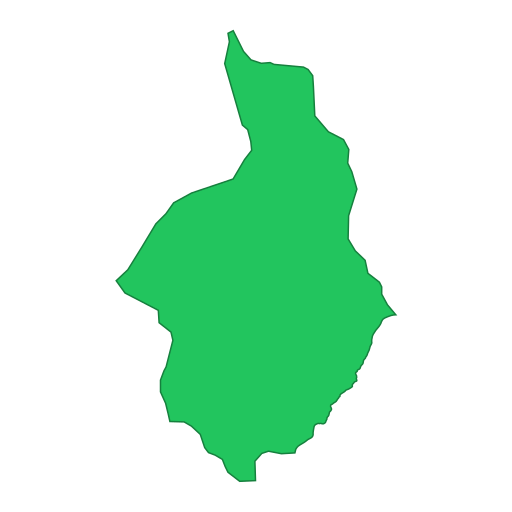 Damara, Ombella-M'Poko, Central African Republic (Robinson projection)
{"feature_id": "33826404B9315728863093", "entity_name": "Damara", "entity_type": "district", "adm_level": 2, "iso_a3": "CAF", "parent_name": "Central African Republic", "parent_adm1": "Ombella-M'Poko", "projection": "robinson", "projection_center": [18.896, 5.112], "detail": "fine", "context": "isolated", "style": "filled", "palette": "green", "viewbox_px": 512, "rotation_deg": 0, "n_neighbors": 0, "source": "geoboundaries", "source_scale": "gbopen_adm2", "svg_char_len": 3058}
<svg xmlns="http://www.w3.org/2000/svg" viewBox="0 0 512 512"><path d="M303.5,67.1L274.0,64.4L270.1,62.6L261.3,63.3L251.0,59.9L243.5,51.4L233.2,30.7L228.0,33.3L229.4,41.8L224.7,63.6L242.4,125.1L247.7,129.6L250.8,141.5L251.7,150.3L244.6,159.5L233.1,179.0L191.6,193.0L173.7,202.8L165.9,213.8L155.9,223.8L142.0,246.9L127.8,269.8L116.2,280.7L125.0,293.0L158.3,310.3L159.1,322.7L171.0,332.1L172.9,340.3L166.1,366.9L164.0,370.8L160.5,380.1L160.5,391.9L165.6,403.2L168.1,413.5L169.9,421.5L184.1,421.9L191.4,426.1L200.3,434.4L204.7,447.6L208.5,452.6L215.1,455.1L222.4,459.4L225.2,466.6L228.0,472.3L239.7,481.3L255.5,480.6L254.9,461.2L261.8,453.4L268.5,451.2L281.4,453.7L294.9,452.9L295.4,450.8L295.8,449.2L296.9,447.5L298.2,446.1L300.1,444.8L303.8,442.6L305.7,441.3L307.8,439.6L309.9,438.5L311.3,437.7L312.2,436.9L312.8,435.9L313.1,434.8L313.1,432.7L313.4,430.3L314.1,426.5L314.5,425.7L315.3,424.7L316.4,424.1L317.3,423.7L318.1,423.4L318.4,423.4L318.9,423.5L319.4,423.6L319.7,423.6L320.0,423.5L320.2,423.4L320.6,423.4L321.0,423.4L321.8,423.7L322.5,423.8L323.3,423.8L323.7,423.7L324.7,423.1L325.4,422.5L325.7,421.8L326.1,420.7L326.6,419.7L326.9,419.1L326.9,418.7L326.9,418.2L327.0,417.8L327.5,416.9L328.3,416.1L328.8,415.2L329.1,413.9L329.3,412.9L329.5,412.1L329.9,411.6L330.6,411.0L331.1,410.2L331.4,409.7L331.5,409.2L331.4,408.4L331.0,407.5L330.6,406.8L330.6,405.7L330.8,404.9L331.5,404.5L332.2,404.2L333.2,403.4L333.7,402.9L334.4,402.6L335.0,402.2L335.7,401.7L336.2,401.3L336.5,400.8L336.8,400.3L337.0,400.0L337.3,399.8L337.5,399.3L337.8,398.8L338.1,398.5L338.5,398.1L338.7,397.7L338.9,397.2L339.2,396.9L339.6,396.7L339.9,396.4L339.9,396.0L340.0,395.3L340.2,394.7L340.9,394.0L341.9,393.3L344.4,391.7L345.1,391.1L345.7,390.4L346.3,389.9L347.8,389.4L348.7,389.0L349.3,388.7L351.5,387.3L352.2,386.7L352.4,386.2L352.3,385.6L352.3,385.1L352.4,384.4L352.8,383.9L353.4,383.5L353.8,382.8L354.1,382.4L354.6,381.9L354.9,381.7L356.1,381.3L356.4,381.1L356.7,380.9L356.8,380.6L356.8,380.2L356.5,379.4L356.3,378.4L356.5,377.8L356.6,377.6L356.7,377.2L356.6,376.6L356.5,375.6L356.0,374.7L355.7,374.0L355.6,373.3L355.6,372.8L355.9,372.3L356.6,371.9L357.2,371.3L357.2,370.9L357.3,370.4L357.8,369.9L358.4,369.5L359.2,369.2L359.7,368.8L360.1,368.2L360.5,367.0L360.9,366.0L361.5,365.2L362.2,364.5L362.7,363.9L363.0,363.3L363.2,362.3L363.4,361.1L363.7,360.1L364.3,359.3L365.1,358.5L365.5,357.9L365.7,357.1L366.2,356.5L366.8,355.6L367.2,354.7L367.8,352.8L368.2,352.1L368.7,351.0L369.1,350.2L369.8,347.7L370.1,346.5L370.7,345.3L371.2,344.4L371.6,343.6L371.8,342.5L371.7,341.8L371.7,339.8L372.0,338.3L372.4,336.2L373.2,334.3L374.3,332.6L375.7,330.4L379.0,326.4L380.0,324.9L380.8,323.5L381.3,322.1L382.1,320.4L383.0,319.2L383.8,318.6L384.7,318.0L387.7,316.7L391.0,315.5L393.4,315.0L395.8,314.8L387.5,304.9L381.7,294.2L381.7,286.9L379.4,282.2L367.9,273.3L365.1,260.3L355.3,250.9L348.1,238.9L348.6,215.7L356.9,189.1L351.8,171.7L347.7,163.1L348.8,149.5L343.5,139.6L328.4,131.8L314.8,115.9L313.4,86.4L312.7,75.7L308.1,69.5L303.5,67.1Z" fill="#22c55e" stroke="#15803d" stroke-width="1.5"/></svg>